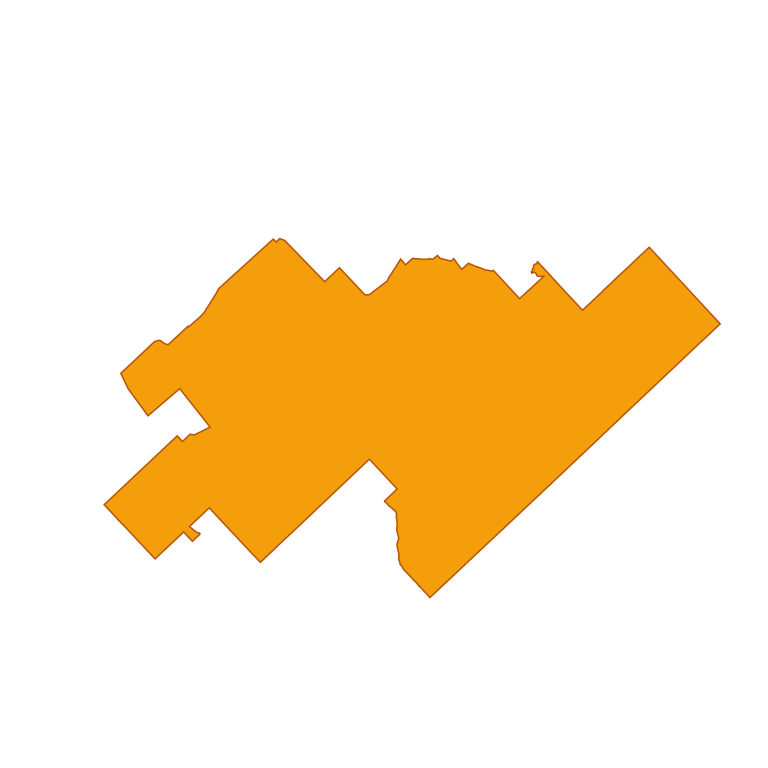 the district of Kimba, South Australia, Australia, rotated 317°
{"feature_id": "25037944B98652038613248", "entity_name": "Kimba", "entity_type": "district", "adm_level": 2, "iso_a3": "AUS", "parent_name": "Australia", "parent_adm1": "South Australia", "projection": "robinson", "projection_center": [136.231, -32.967], "detail": "fine", "context": "isolated", "style": "filled", "palette": "amber", "viewbox_px": 768, "rotation_deg": 317, "n_neighbors": 0, "source": "geoboundaries", "source_scale": "gbopen_adm2", "svg_char_len": 4415}
<svg xmlns="http://www.w3.org/2000/svg" viewBox="0 0 768 768"><g transform="rotate(317 384 384)"><path d="M610.7,569.6L615.4,569.6L624.0,569.5L640.8,569.4L645.1,569.4L657.5,569.4L670.9,569.3L670.9,554.1L671.0,539.6L671.0,528.0L671.0,527.7L671.1,517.0L671.1,495.6L671.2,465.3L671.2,465.2L671.2,464.9L670.6,464.9L670.4,464.9L670.0,464.9L668.7,464.9L668.4,464.9L664.6,464.9L664.3,464.9L663.1,464.9L662.4,464.9L662.1,464.9L661.8,464.9L661.0,464.9L660.2,464.9L656.8,464.9L655.0,465.0L654.7,465.0L654.2,464.9L653.9,464.9L653.7,464.9L652.9,464.9L647.1,465.0L645.5,465.0L643.5,465.0L640.0,465.0L639.5,465.0L635.2,465.0L633.1,465.0L626.9,465.0L618.5,465.1L616.5,465.1L610.2,465.1L608.5,465.1L608.1,465.1L608.0,465.3L596.9,465.4L579.9,465.4L579.7,465.3L579.5,465.2L579.5,464.9L579.5,464.7L579.5,463.2L579.5,460.2L579.5,453.1L579.5,452.5L579.5,452.4L579.5,445.8L579.5,445.7L579.5,444.1L579.5,441.0L579.5,438.2L579.5,437.8L579.5,430.2L579.6,427.8L579.7,424.0L579.6,419.7L579.7,419.4L579.7,398.6L579.2,399.6L578.1,400.4L576.3,399.4L575.0,399.2L573.9,399.5L572.5,401.1L570.9,401.1L570.1,402.4L568.1,402.6L567.6,403.7L569.6,404.4L570.5,405.5L570.4,407.6L569.7,409.0L570.0,410.2L574.2,414.2L564.3,414.2L541.4,414.0L541.4,405.5L541.5,390.9L541.5,380.5L541.5,375.4L540.2,375.4L537.8,372.1L535.7,369.3L533.1,363.6L530.8,359.6L529.3,355.9L527.9,353.2L522.5,353.2L519.0,353.2L519.8,344.9L519.9,344.6L520.0,344.0L520.0,343.8L520.1,343.0L520.4,341.3L520.4,340.7L520.4,340.3L520.5,340.0L520.5,339.9L516.9,339.9L510.7,330.3L510.8,326.4L507.6,326.3L505.9,326.2L505.6,326.2L505.3,326.1L505.1,326.1L504.6,325.8L504.1,325.3L503.7,324.7L503.1,323.9L503.0,323.6L502.7,323.1L501.9,323.3L501.5,322.9L500.9,322.3L500.5,321.9L500.2,321.7L499.9,321.5L499.5,321.0L499.3,320.8L498.7,320.4L497.9,319.6L496.3,318.1L495.8,317.6L495.1,316.4L494.7,315.8L493.8,315.3L493.4,314.9L493.1,314.7L492.6,314.0L492.1,313.4L492.0,313.2L491.4,312.6L490.9,311.9L490.5,311.6L481.1,311.5L481.0,309.3L481.1,308.9L481.1,308.6L481.2,308.3L481.3,308.0L481.3,304.0L481.1,304.1L480.8,304.2L480.6,304.2L480.4,304.2L480.1,304.3L479.0,304.6L478.6,304.7L476.8,305.2L475.6,305.5L475.0,305.7L474.5,305.8L474.4,305.9L473.2,306.2L471.8,306.6L470.9,306.7L469.2,307.2L467.3,307.6L466.1,308.0L464.1,308.5L463.9,308.5L463.5,308.6L459.9,309.4L458.1,310.4L457.7,310.5L456.9,310.9L451.9,310.4L449.3,310.2L443.5,309.6L437.5,309.0L434.6,308.8L430.9,306.0L430.7,268.6L410.4,268.7L409.3,211.3L406.9,206.5L402.0,206.7L401.8,202.5L328.3,201.5L322.0,203.6L301.2,209.0L295.9,209.5L280.1,209.0L280.2,208.1L252.9,208.0L251.1,204.9L249.9,199.1L245.3,196.5L198.8,196.7L193.6,213.3L189.7,246.3L231.4,248.1L227.4,296.9L210.5,291.9L207.9,288.5L197.4,288.6L197.4,280.9L97.0,281.4L97.1,301.4L97.1,301.5L96.8,301.7L96.9,301.8L97.0,301.8L97.0,302.0L97.0,302.3L97.0,302.8L97.0,304.1L97.0,305.1L97.0,305.3L97.0,305.7L97.0,306.3L97.0,306.5L97.0,306.8L97.0,307.2L97.0,307.4L97.2,307.5L97.1,307.9L97.1,308.5L97.2,313.1L97.2,314.4L97.2,316.9L97.2,318.2L97.2,319.5L97.2,331.3L97.3,355.8L136.5,355.6L136.6,368.4L147.1,368.3L147.5,367.2L146.5,366.4L145.6,363.4L144.5,355.6L171.7,355.4L171.7,358.0L171.7,377.2L171.8,397.3L171.8,419.5L171.9,420.6L171.9,420.8L171.9,430.1L192.3,430.0L192.5,430.0L192.5,429.9L206.6,429.8L217.7,429.8L223.4,429.8L246.3,429.6L321.6,429.0L322.0,429.0L322.0,433.0L322.0,469.7L304.8,469.9L304.3,470.3L304.2,471.2L304.7,472.2L304.4,475.0L305.2,481.5L305.3,482.8L305.3,483.7L305.5,485.1L305.0,487.1L304.9,487.4L304.2,488.0L303.4,488.3L303.3,488.5L300.6,492.1L298.5,495.0L294.9,498.5L294.5,498.9L293.9,499.3L293.8,499.5L293.5,499.9L293.4,500.0L293.3,500.3L293.2,500.4L292.8,501.1L290.2,505.8L289.7,506.7L289.5,506.9L289.4,507.0L284.9,509.6L284.2,510.1L283.8,510.5L283.1,511.3L281.8,513.5L278.8,518.6L276.9,520.7L275.8,521.5L274.6,523.2L274.2,524.8L272.7,527.0L272.8,529.9L272.5,531.0L271.8,532.5L272.1,546.4L272.0,546.7L271.7,547.4L272.2,549.8L271.8,556.2L271.8,556.3L272.0,556.3L271.9,571.5L282.0,571.5L322.1,571.3L334.1,571.3L350.6,571.2L361.8,571.2L362.1,571.2L371.1,571.2L371.3,571.2L371.5,571.2L383.9,571.1L384.0,571.1L394.3,571.1L401.9,571.0L408.3,571.0L408.6,571.0L412.1,571.0L428.9,570.9L430.4,570.9L437.5,570.9L442.0,570.8L455.9,570.8L456.2,570.8L456.4,570.8L461.8,570.7L462.8,570.7L480.0,570.6L487.2,570.5L505.3,570.4L510.9,570.3L513.8,570.3L518.4,570.3L535.6,570.1L536.2,570.1L548.6,570.0L580.0,569.8L590.7,569.7L610.7,569.6Z" fill="#f59e0b" stroke="#b45309" stroke-width="1.5"/></g></svg>